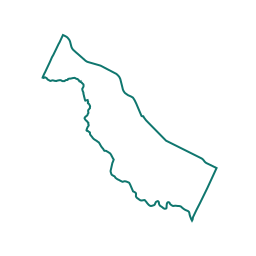 Stonnington, Victoria, Australia (Natural Earth projection), rotated 197°
{"feature_id": "25037944B5658593283329", "entity_name": "Stonnington", "entity_type": "district", "adm_level": 2, "iso_a3": "AUS", "parent_name": "Australia", "parent_adm1": "Victoria", "projection": "natural_earth1", "projection_center": [145.04, -37.861], "detail": "fine", "context": "isolated", "style": "outline", "palette": "teal", "viewbox_px": 256, "rotation_deg": 197, "n_neighbors": 0, "source": "geoboundaries", "source_scale": "gbopen_adm2", "svg_char_len": 5687}
<svg xmlns="http://www.w3.org/2000/svg" viewBox="0 0 256 256"><g transform="rotate(197 128 128)"><path d="M104.7,68.9L104.4,68.9L102.9,68.6L102.2,68.4L101.7,68.2L101.3,67.8L101.0,67.2L100.9,66.7L100.6,65.5L100.4,64.9L99.6,64.1L98.3,63.5L97.8,63.4L96.2,62.8L95.5,62.6L95.1,62.5L94.6,62.5L94.0,62.6L93.6,62.7L91.7,63.7L91.3,63.9L90.9,63.9L90.6,63.8L90.1,63.4L88.9,62.7L87.9,61.9L86.3,60.9L85.8,60.6L85.0,60.3L84.4,60.1L84.0,60.1L83.7,60.1L83.3,60.1L82.9,60.3L82.3,60.6L80.6,61.8L80.3,62.2L80.0,62.7L80.0,63.2L79.8,64.8L79.7,65.3L79.4,65.7L78.6,66.5L78.3,66.7L78.0,66.8L77.7,66.7L77.3,66.5L77.1,66.3L76.8,66.0L76.2,64.6L75.9,64.2L75.6,63.8L74.7,63.1L74.3,62.9L73.8,62.8L73.1,62.6L72.2,62.3L71.4,62.0L70.8,61.7L70.3,61.6L69.8,61.5L69.3,61.5L68.9,61.7L68.4,61.9L68.1,62.1L67.9,62.4L67.8,62.9L68.0,63.6L68.5,65.6L68.6,66.4L68.7,67.1L68.6,67.7L68.5,68.2L68.3,68.5L68.0,68.7L67.6,68.9L67.1,68.9L66.5,68.7L66.0,68.1L65.6,67.7L64.9,67.3L63.8,66.9L63.0,66.7L62.3,66.6L61.8,66.7L61.0,67.1L60.3,67.4L59.7,67.6L57.5,68.0L56.5,68.3L55.7,68.4L55.2,68.4L54.8,68.4L54.2,68.3L53.3,67.8L51.1,66.9L49.2,66.4L47.1,66.2L46.3,66.1L45.8,65.9L45.4,65.7L45.0,65.4L44.4,64.5L44.3,64.3L44.0,63.7L43.7,63.1L42.7,61.6L40.9,59.3L40.5,58.9L39.7,58.1L39.5,59.1L39.5,59.7L39.5,60.0L39.6,60.4L39.7,60.8L39.7,61.2L39.8,61.5L39.7,62.1L38.6,69.5L37.2,77.3L34.6,93.6L33.8,99.4L33.1,104.5L31.6,115.6L42.8,117.4L43.2,117.5L44.0,117.8L44.6,118.1L45.1,118.4L46.3,119.3L47.1,119.8L47.8,120.1L48.3,120.3L49.2,120.5L63.5,122.9L87.9,127.0L110.2,139.1L113.1,140.7L114.6,141.8L115.7,142.6L116.7,143.6L116.8,143.6L117.1,143.7L117.3,143.6L117.7,143.4L118.0,143.4L118.3,143.4L118.6,143.5L118.8,143.7L125.6,151.8L127.1,153.6L129.5,156.2L130.7,157.3L132.2,158.5L134.2,159.0L137.6,159.4L140.9,160.5L141.6,160.9L142.5,161.6L142.9,161.9L143.5,162.6L144.0,163.1L144.2,163.4L145.6,165.8L149.4,172.1L149.7,172.6L150.2,173.1L150.5,173.5L151.3,174.3L152.0,174.8L153.0,175.4L153.8,175.8L154.4,176.1L155.2,176.4L155.8,176.5L163.9,178.0L172.4,179.6L173.2,179.6L174.1,179.6L185.1,179.4L186.0,179.4L186.9,179.5L187.5,179.7L188.3,179.9L188.9,180.2L197.5,184.1L199.6,185.0L203.4,186.8L203.7,187.0L204.6,187.7L205.4,188.5L206.0,189.3L208.8,193.9L210.1,195.3L212.2,196.7L212.8,197.0L213.4,197.2L214.7,197.5L217.4,197.9L218.5,189.9L218.9,188.2L219.5,184.4L219.6,183.6L220.8,176.0L221.4,173.5L221.8,169.9L222.1,167.5L223.7,156.5L223.9,155.8L224.4,151.8L224.4,151.3L224.2,151.3L224.2,151.2L223.6,151.2L223.2,151.2L223.1,151.4L223.0,151.5L222.8,151.9L222.7,152.0L222.1,152.2L220.9,152.0L220.2,151.8L219.4,151.1L219.0,150.9L218.8,150.9L218.7,150.8L217.5,150.6L217.2,150.5L216.5,150.4L216.1,150.3L215.6,150.5L214.7,151.2L213.9,151.6L211.5,151.7L210.3,152.0L210.2,152.0L209.8,152.3L209.7,152.5L209.2,152.8L208.4,153.2L207.7,153.6L207.3,153.7L206.9,153.9L206.5,154.0L205.9,154.0L205.5,153.9L204.7,153.7L204.2,153.7L203.4,154.0L202.6,154.2L202.3,154.5L201.9,155.1L201.4,155.6L201.1,155.8L200.7,156.0L200.2,156.1L199.7,156.6L199.7,157.1L199.5,157.5L198.0,158.3L197.4,158.4L197.1,158.6L196.4,159.0L195.7,159.4L195.4,159.6L195.0,159.8L194.2,160.1L193.9,160.3L193.2,160.3L192.8,160.2L191.9,160.0L191.6,159.9L190.9,160.1L190.5,160.1L189.9,159.7L189.6,159.5L189.2,159.4L188.8,159.2L188.6,158.9L188.4,158.6L188.1,158.4L187.2,158.4L187.0,158.6L186.9,158.3L186.7,158.1L186.4,158.1L186.2,158.1L185.3,157.8L185.1,157.5L184.7,157.3L184.0,157.0L183.6,156.8L183.3,156.6L183.0,155.9L182.8,155.2L182.7,154.8L182.7,154.4L182.8,153.8L182.9,153.2L183.2,152.4L183.1,151.9L182.9,151.3L182.1,150.1L181.9,149.9L181.7,149.6L181.1,149.0L181.0,148.7L180.8,148.3L180.7,148.1L180.7,147.8L180.3,147.2L180.1,146.8L179.8,146.4L179.2,145.4L179.2,145.2L178.9,144.8L178.3,143.9L178.2,143.6L177.8,143.0L177.7,142.8L177.5,142.6L177.3,142.3L177.2,142.1L176.8,141.7L174.8,142.9L174.1,141.8L173.7,141.3L173.7,141.1L173.8,140.6L173.8,140.4L173.6,140.0L173.5,139.9L172.6,139.6L172.2,139.5L172.0,139.3L171.8,139.1L171.6,138.8L171.4,138.6L171.0,138.3L170.5,137.4L170.5,136.7L170.2,135.9L171.2,133.6L171.2,133.0L171.1,132.6L170.5,131.2L170.3,131.0L170.3,130.5L170.6,129.5L170.6,128.4L170.8,127.9L171.4,127.1L171.6,126.9L171.7,126.6L171.9,126.5L172.0,126.2L172.4,125.4L172.4,124.8L172.3,124.4L172.1,124.2L171.1,123.4L170.3,122.9L169.0,122.4L168.8,122.1L168.3,121.9L168.2,121.8L168.0,121.6L167.6,121.5L167.3,121.2L167.3,120.5L167.0,119.9L166.7,119.7L166.4,119.2L166.4,118.9L166.4,118.5L166.7,117.8L166.9,116.9L167.0,115.9L167.1,115.4L167.0,115.1L167.1,114.2L167.0,113.6L166.9,113.5L166.6,113.3L166.1,113.3L165.8,113.4L165.4,113.4L164.7,113.0L163.3,112.7L163.1,112.5L162.9,112.1L162.8,111.7L162.7,111.5L162.6,111.2L162.2,110.6L161.9,110.4L161.6,110.2L160.6,109.5L160.3,109.3L160.0,109.1L159.7,108.9L159.3,108.6L159.0,108.3L158.3,107.9L158.1,107.8L157.6,107.5L156.4,107.1L155.6,106.9L154.5,106.6L154.0,106.5L153.5,106.2L152.8,106.0L152.0,105.8L151.7,105.7L150.3,104.5L149.8,104.0L149.5,103.7L148.2,102.5L147.1,101.7L146.2,101.1L145.8,100.9L145.2,100.4L145.1,100.2L144.3,99.6L143.9,99.3L143.5,99.4L143.3,99.5L142.6,99.7L142.0,99.7L141.5,99.5L140.1,99.2L139.1,98.9L138.0,98.6L137.4,98.3L136.9,97.9L136.0,97.1L135.7,96.9L135.4,96.4L134.6,95.7L133.6,94.6L133.3,94.5L132.4,93.5L132.5,93.1L132.5,92.0L132.5,91.6L132.7,90.4L132.7,89.8L132.1,81.8L131.9,81.3L131.5,80.6L130.3,78.9L130.1,78.7L129.7,78.5L129.5,78.4L129.0,78.3L127.5,77.9L127.1,77.9L126.7,77.8L126.4,77.6L125.7,76.9L124.9,76.5L123.4,76.0L122.7,75.8L122.1,75.8L119.8,75.3L119.4,75.2L119.0,75.2L118.0,75.0L117.4,75.0L117.1,75.2L116.9,75.3L116.2,75.8L115.6,76.1L115.0,76.2L113.9,76.3L111.6,76.1L111.4,76.1L110.8,75.9L110.6,75.7L110.1,75.2L109.3,74.4L108.8,73.8L106.0,70.5L105.4,69.8L105.0,69.3L104.7,68.9Z" fill="none" stroke="#0f766e" stroke-width="2"/></g></svg>